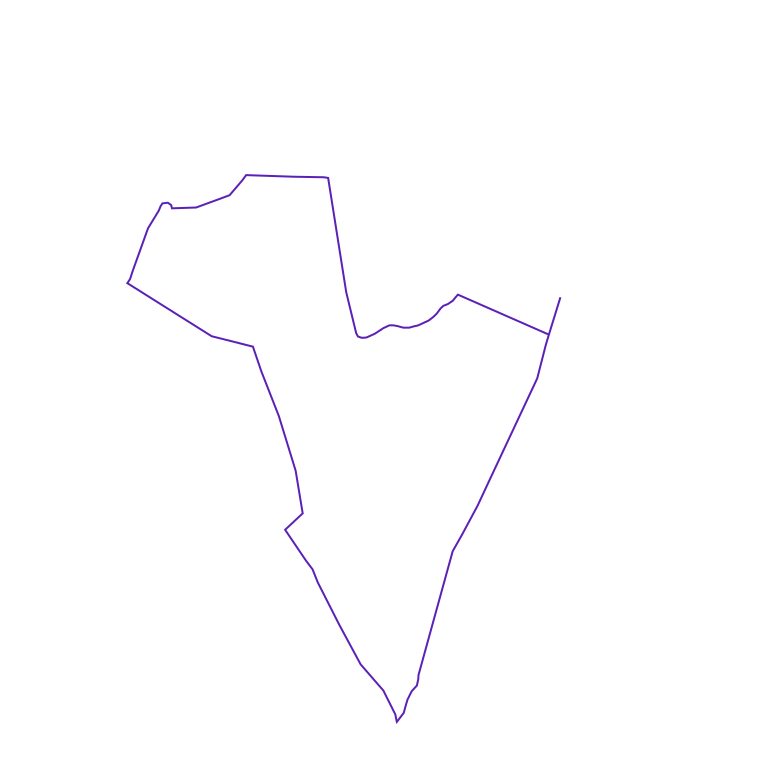 Al Mafaza, Gedarif, Sudan, rotated 233°
{"feature_id": "16777658B27903182599838", "entity_name": "Al Mafaza", "entity_type": "district", "adm_level": 2, "iso_a3": "SDN", "parent_name": "Sudan", "parent_adm1": "Gedarif", "projection": "equal_earth", "projection_center": [34.504, 13.606], "detail": "fine", "context": "isolated", "style": "outline", "palette": "violet", "viewbox_px": 768, "rotation_deg": 233, "n_neighbors": 0, "source": "geoboundaries", "source_scale": "gbopen_adm2", "svg_char_len": 1054}
<svg xmlns="http://www.w3.org/2000/svg" viewBox="0 0 768 768"><g transform="rotate(233 384 384)"><path d="M347.1,577.1L324.2,545.4L410.9,496.8L410.0,492.6L409.1,489.1L409.4,483.2L410.7,478.4L410.3,474.6L408.5,468.6L407.9,464.2L407.8,457.9L410.3,446.4L411.9,442.9L413.8,438.1L417.3,433.4L422.3,429.5L425.4,426.6L427.6,423.6L429.0,417.1L429.7,406.7L431.7,397.9L434.3,394.0L437.6,391.8L441.4,392.4L479.9,409.0L582.2,463.4L585.3,460.4L603.9,436.6L616.1,421.5L633.8,399.6L632.0,393.7L627.7,374.3L638.0,340.2L651.9,320.4L655.0,321.7L658.8,320.5L661.6,315.7L660.4,312.5L658.0,308.5L650.4,289.3L625.5,251.3L620.7,244.5L619.0,239.7L525.9,275.1L492.7,301.8L467.8,293.6L421.6,280.7L367.8,261.2L329.6,241.2L327.1,217.3L290.1,215.4L278.9,215.4L265.4,211.7L218.2,203.3L174.1,196.6L139.5,199.0L113.4,194.2L106.7,191.0L106.4,190.9L109.5,201.9L114.0,207.7L117.8,212.8L122.0,221.3L123.4,228.8L127.7,233.8L130.8,236.4L209.1,338.2L216.9,356.1L230.5,385.5L245.9,414.5L296.3,509.8L317.8,536.7L324.2,545.4L347.1,577.1Z" fill="none" stroke="#5b21b6" stroke-width="2"/></g></svg>